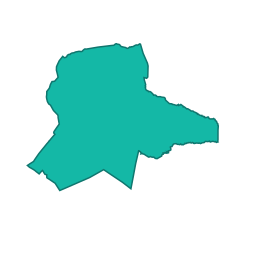 Villa Díaz Ordaz, Oaxaca, Mexico, rotated 21°
{"feature_id": "50627088B66246693607195", "entity_name": "Villa Díaz Ordaz", "entity_type": "district", "adm_level": 2, "iso_a3": "MEX", "parent_name": "Mexico", "parent_adm1": "Oaxaca", "projection": "albers", "projection_center": [-96.35, 17.054], "detail": "fine", "context": "isolated", "style": "filled", "palette": "teal", "viewbox_px": 256, "rotation_deg": 21, "n_neighbors": 0, "source": "geoboundaries", "source_scale": "gbopen_adm2", "svg_char_len": 4829}
<svg xmlns="http://www.w3.org/2000/svg" viewBox="0 0 256 256"><g transform="rotate(21 128 128)"><path d="M128.0,72.8L124.5,62.9L122.9,60.5L115.4,52.9L109.6,45.3L108.9,45.2L108.7,45.4L108.5,45.8L107.9,46.3L107.6,46.9L107.1,47.2L106.9,47.3L106.4,47.3L105.3,48.0L103.4,50.3L102.1,50.9L101.9,51.0L101.8,51.3L101.7,51.4L101.6,51.5L101.2,51.7L100.9,51.6L100.7,51.6L100.1,52.5L99.9,53.1L99.7,53.2L99.5,53.4L99.0,53.8L98.8,53.9L98.5,54.0L98.3,54.0L97.4,53.8L97.1,53.7L95.3,54.0L92.9,54.3L92.6,54.3L92.1,54.2L91.9,54.2L91.7,54.1L90.7,53.5L90.3,53.2L90.2,53.2L89.8,53.2L89.4,53.2L88.4,53.5L88.2,53.5L86.9,53.5L86.1,54.1L85.9,54.5L85.2,55.7L85.1,55.9L83.8,56.5L83.0,56.9L70.9,63.3L60.6,69.4L59.5,69.6L59.0,70.2L58.7,70.6L58.3,71.4L58.0,72.0L58.0,72.4L57.5,73.1L56.9,73.4L56.5,73.4L56.0,73.8L54.9,73.9L51.7,75.9L51.2,76.4L50.6,77.1L48.8,78.1L48.0,79.0L47.6,79.5L47.6,80.1L46.5,80.4L45.4,81.7L45.2,82.8L45.3,83.3L44.8,83.9L44.7,84.3L43.3,85.2L41.4,84.5L39.7,89.9L39.4,94.0L39.3,96.4L40.4,99.6L43.2,103.6L44.6,105.8L42.7,110.7L40.4,111.9L40.0,115.0L40.3,119.0L39.1,123.0L40.1,125.8L40.7,128.2L41.6,129.8L43.3,132.2L45.3,133.9L45.5,134.0L47.4,134.4L52.2,138.4L57.8,141.0L58.5,142.0L59.0,143.3L62.4,149.0L61.4,152.8L60.2,157.9L60.4,159.2L62.0,160.1L61.2,162.3L59.9,165.9L59.8,166.3L59.5,167.3L59.2,167.9L59.0,168.8L58.9,168.8L58.9,169.0L58.1,171.3L57.9,171.7L57.8,172.1L57.0,174.5L56.9,174.9L56.3,176.7L55.4,179.4L54.5,182.2L53.9,184.1L52.4,190.3L51.8,193.1L50.4,195.0L49.1,196.7L48.6,197.5L47.5,199.0L50.2,200.0L50.9,200.1L52.6,200.3L53.0,200.4L53.3,200.5L53.7,200.5L55.3,200.8L56.8,201.2L57.8,201.6L59.2,202.0L59.3,202.0L61.5,202.7L62.4,200.3L63.3,198.4L63.4,198.5L63.5,198.5L63.8,198.5L65.1,199.5L65.4,199.8L67.1,201.0L68.9,200.8L69.9,203.2L70.3,203.6L72.4,204.0L79.8,205.7L86.7,210.8L90.4,207.2L97.2,200.5L109.9,188.0L120.2,175.6L128.8,177.6L142.4,180.7L152.5,183.7L150.2,170.9L147.9,158.4L146.1,145.4L146.5,145.3L146.9,145.4L147.1,145.7L147.3,145.8L147.6,145.7L148.0,145.7L148.3,145.8L148.5,146.0L148.7,146.3L148.9,146.6L149.1,146.6L149.3,146.7L149.4,147.0L149.4,147.3L150.1,146.6L150.3,146.6L150.5,147.0L150.8,146.9L150.6,146.7L151.7,146.8L152.4,146.7L153.0,146.8L155.1,147.3L155.6,147.4L156.4,147.4L156.7,147.6L157.1,147.7L157.4,147.8L157.7,147.7L158.4,147.4L158.9,146.8L159.1,146.6L159.5,146.7L161.0,146.6L161.5,146.4L162.4,146.0L162.7,146.0L164.3,146.6L164.5,146.6L166.1,146.2L166.5,145.9L167.0,145.1L167.2,144.9L167.9,144.1L168.8,143.0L169.2,142.5L169.5,142.1L169.4,141.8L169.3,141.3L169.3,140.9L169.7,140.4L169.8,140.1L170.1,139.7L170.3,139.7L170.3,139.4L170.1,139.3L169.9,139.0L170.1,139.0L170.5,138.9L171.1,138.6L170.9,138.6L170.7,138.4L171.0,138.3L171.1,138.1L171.2,137.7L171.3,137.7L171.5,137.9L172.0,138.0L172.2,137.9L172.1,137.7L172.6,137.7L172.6,137.3L172.9,137.2L173.1,137.3L173.1,137.1L173.3,137.2L173.5,137.0L173.3,136.8L173.7,136.9L173.6,136.6L173.8,136.7L174.0,136.6L174.0,136.4L174.2,136.5L174.2,136.2L174.3,136.1L174.5,136.1L174.4,135.9L174.3,135.7L174.2,135.4L173.9,135.3L173.9,135.2L173.8,134.9L174.0,134.7L174.3,134.7L175.2,134.0L175.3,133.8L175.8,133.2L175.5,132.1L174.6,131.1L174.4,130.4L175.7,129.6L176.1,127.1L176.2,126.7L176.5,126.5L177.2,126.0L177.9,125.7L178.7,125.3L179.8,125.6L181.2,125.1L181.9,125.1L182.5,124.9L182.9,124.0L184.4,124.4L184.8,123.9L185.3,123.9L185.7,123.8L186.1,123.1L186.7,122.5L186.7,121.9L187.4,121.9L188.3,121.3L188.4,120.7L189.5,120.4L189.9,119.8L190.9,119.6L191.6,119.0L192.3,119.4L193.2,118.8L193.5,118.4L194.0,118.6L194.5,118.4L194.8,118.8L195.7,118.6L197.2,117.5L199.4,116.9L199.8,116.5L201.4,116.5L202.2,115.6L202.3,115.4L204.3,114.3L205.0,112.8L205.4,112.7L206.6,112.3L207.2,112.2L208.2,111.6L208.6,111.1L208.9,111.0L209.8,111.6L211.6,110.2L212.7,109.9L214.1,109.8L214.6,109.3L214.9,109.4L215.6,109.8L216.9,108.8L216.7,108.7L216.2,106.7L212.8,97.8L211.5,93.6L210.8,93.2L210.6,92.1L209.3,91.4L208.2,90.0L206.9,89.8L206.4,89.3L206.2,88.8L205.1,88.7L204.6,88.4L204.1,89.0L201.5,90.1L200.2,90.0L199.2,89.0L198.7,89.0L198.1,89.7L196.2,90.8L195.6,90.6L195.5,90.1L194.8,90.0L194.5,90.4L193.7,90.1L192.9,90.4L192.4,89.8L192.0,90.1L190.1,90.4L188.9,89.8L188.0,90.3L187.6,89.5L186.7,89.7L186.1,89.3L183.7,89.3L182.8,88.9L181.8,89.1L180.9,89.6L180.1,89.2L176.8,88.6L176.1,89.1L173.1,88.1L172.0,88.5L171.8,87.9L168.9,87.1L168.5,87.8L168.0,87.9L167.4,88.8L166.6,88.1L166.4,88.8L165.8,88.8L165.5,89.5L162.7,89.7L161.9,89.8L161.1,90.1L160.8,89.8L160.0,89.8L157.9,90.4L153.3,88.6L152.5,87.8L152.4,87.4L151.5,86.6L150.7,86.5L148.4,87.1L146.7,87.2L145.0,88.0L143.2,88.2L142.7,87.6L141.3,87.5L140.2,88.2L139.2,87.4L136.7,86.3L135.3,86.1L134.1,86.7L133.8,86.3L132.7,86.1L132.1,86.3L130.7,85.6L130.1,84.6L129.6,83.9L129.8,83.3L129.3,82.8L128.9,82.3L129.0,82.1L129.1,81.6L128.9,81.1L126.0,77.3L124.9,75.2L127.6,74.9L128.2,73.3L128.0,72.8Z" fill="#14b8a6" stroke="#0f766e" stroke-width="1.5"/></g></svg>